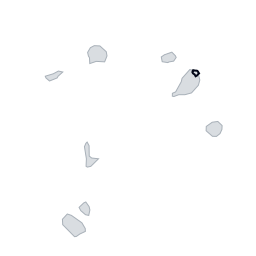 Cabo Verde, with Praia highlighted, rotated 253°
{"feature_id": "CPV-5053", "entity_name": "Praia", "entity_type": "state/province", "adm_level": 1, "iso_a3": "CPV", "parent_name": "Cabo Verde", "parent_adm1": "", "projection": "robinson", "projection_center": [-23.509, 14.947], "detail": "fine", "context": "in_parent", "style": "outline", "palette": "ink", "viewbox_px": 256, "rotation_deg": 253, "n_neighbors": 0, "source": "natural_earth", "source_scale": "10m", "svg_char_len": 1418}
<svg xmlns="http://www.w3.org/2000/svg" viewBox="0 0 256 256"><g transform="rotate(253 128 128)"><path d="M165.8,204.2L161.7,211.2L152.9,210.7L148.3,207.8L143.0,199.0L143.2,192.1L145.0,186.2L144.7,181.1L145.5,179.7L148.2,180.6L148.6,184.1L156.7,192.5L159.7,194.2L165.8,204.2ZM50.8,56.2L44.4,57.7L41.6,57.0L40.7,50.9L39.4,46.9L39.7,45.1L54.6,37.3L59.9,38.6L63.5,44.8L61.0,48.3L50.8,56.2ZM200.8,110.3L206.4,111.7L208.5,111.2L212.1,111.5L215.8,115.5L216.6,119.8L214.7,125.1L207.3,129.5L203.1,129.0L198.1,125.0L201.0,117.1L200.8,110.3ZM108.0,215.8L102.8,218.7L99.2,217.4L95.8,214.4L94.1,210.1L95.4,206.3L102.5,201.9L106.6,203.3L108.9,210.2L108.0,215.8ZM122.9,80.9L125.6,83.2L126.5,84.8L122.4,85.6L112.5,82.7L109.9,84.5L107.2,90.8L102.2,81.2L102.5,77.7L103.6,76.7L110.7,79.2L122.9,80.9ZM183.3,194.4L181.4,194.7L178.6,191.2L179.2,186.5L178.9,185.2L181.4,180.1L186.2,180.6L187.4,184.3L187.7,192.1L183.3,194.4ZM69.6,66.0L64.2,67.8L60.8,67.6L55.9,64.9L57.5,62.0L62.7,58.7L66.4,58.0L69.3,63.8L69.6,66.0ZM202.8,78.1L200.6,82.0L198.0,76.3L196.6,74.9L195.9,66.7L199.8,64.2L201.7,64.0L201.7,72.5L202.8,78.1Z" fill="#d9dde1" stroke="#a8b0b8" stroke-width="1"/><path d="M163.9,206.8L163.5,207.2L164.0,207.7L163.3,208.9L162.9,210.1L162.4,211.0L161.5,211.4L160.9,211.5L159.9,211.8L159.4,211.9L158.8,210.5L158.0,209.3L157.7,207.8L159.6,207.4L161.3,206.1L162.6,205.9L163.9,206.8Z" fill="none" stroke="#020617" stroke-width="2"/></g></svg>